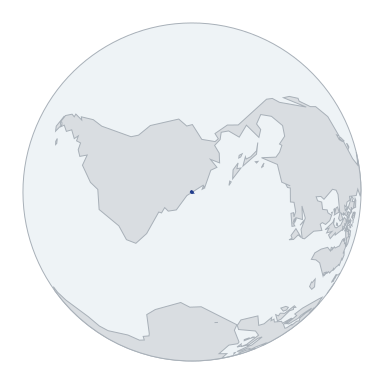 globe centered on Pomeroon-Supenaam, rotated 110°
{"feature_id": "GUY-680", "entity_name": "Pomeroon-Supenaam", "entity_type": "Region", "adm_level": 1, "iso_a3": "GUY", "parent_name": "Guyana", "parent_adm1": "", "projection": "orthographic", "projection_center": [-58.872, 7.19], "detail": "fine", "context": "on_globe", "style": "filled", "palette": "blue", "viewbox_px": 384, "rotation_deg": 110, "n_neighbors": 0, "source": "natural_earth", "source_scale": "10m", "svg_char_len": 8191}
<svg xmlns="http://www.w3.org/2000/svg" viewBox="0 0 384 384"><g transform="rotate(110 192 192)"><circle cx="192" cy="192" r="169" fill="#eef3f6" stroke="#a8b0b8"/><path d="M100.9,49.7L102.5,48.8L105.7,46.9L106.2,46.4L117.6,40.3L118.9,39.7L121.6,38.5L121.9,38.3L125.8,36.5L125.3,36.8L132.7,33.8L138.5,32.3L132.6,37.2L139.2,36.5L142.2,42.5L145.4,40.9L148.5,42.9L153.3,42.0L152.5,43.9L157.1,41.6L156.9,40.1L158.8,38.7L161.7,38.2L161.1,40.3L159.6,40.9L160.9,41.3L159.4,42.7L161.8,41.7L160.8,44.7L165.9,41.1L168.6,43.0L166.8,45.2L161.6,45.7L144.4,53.9L141.0,57.2L141.4,60.9L153.7,65.5L152.1,69.3L154.0,73.7L157.3,71.0L157.1,66.7L163.7,63.3L162.6,58.9L165.1,57.1L166.1,52.8L171.8,52.8L176.8,55.4L176.2,59.1L178.4,60.5L183.7,56.8L187.2,64.2L197.5,70.3L197.8,72.6L189.8,76.7L177.8,76.6L167.5,83.9L180.1,78.8L180.6,85.5L183.2,86.7L186.6,86.4L188.7,83.8L190.1,86.3L178.2,91.7L176.7,89.5L180.5,87.7L174.9,87.9L166.8,92.6L167.7,96.1L154.6,101.0L155.1,103.8L152.5,106.7L152.6,101.8L152.1,111.0L136.9,121.2L136.0,138.4L130.5,125.0L124.6,123.3L117.4,123.5L117.0,126.2L107.9,124.0L98.6,129.6L93.7,143.2L95.7,153.9L106.0,154.6L109.8,148.8L117.8,147.8L110.6,163.7L124.3,166.4L122.1,178.5L125.9,185.0L133.1,183.5L140.5,186.7L146.2,179.7L155.2,176.0L155.0,185.9L160.3,177.0L165.1,181.8L183.3,181.6L181.8,183.8L197.1,195.6L214.2,200.6L218.1,207.8L216.0,212.3L222.1,213.5L222.2,216.4L246.6,220.4L259.4,227.2L259.2,237.3L248.8,249.2L240.2,273.3L221.8,281.4L217.7,290.7L204.3,304.1L193.1,303.1L196.9,309.6L191.2,313.4L184.0,313.5L183.4,318.0L178.1,318.0L182.1,320.9L174.7,326.3L178.0,330.8L172.9,334.9L175.4,337.5L173.0,337.3L170.9,338.2L171.0,339.5L163.4,337.0L159.9,331.3L161.6,328.4L158.5,327.8L162.1,320.2L159.2,321.7L157.8,309.5L161.0,299.3L160.9,268.2L156.9,261.7L143.8,253.9L128.0,229.4L131.8,219.5L128.5,214.7L139.2,200.8L136.7,187.5L133.0,185.5L129.2,190.4L117.0,181.7L113.2,171.5L79.3,153.7L76.6,148.5L77.8,140.4L73.1,113.7L72.1,138.3L68.9,133.3L67.7,124.4L70.0,122.4L71.3,109.9L69.5,105.0L74.7,90.2L89.2,72.8L88.9,75.6L92.4,71.6L93.1,68.1L92.7,66.9L105.7,52.5L109.8,45.9L105.5,47.5L110.9,44.7L98.8,51.1L98.5,51.2L100.9,49.7ZM134.4,144.3L150.2,153.0L140.6,153.9L142.5,152.4L138.7,148.8L131.3,145.5L123.0,147.1L134.4,144.3ZM142.9,134.9L140.1,134.2L143.0,134.2L142.9,134.9ZM91.9,66.8L92.7,68.3L90.9,72.4L89.8,71.3L91.9,66.8ZM96.0,60.0L97.4,59.8L93.3,63.5L93.8,62.4L96.0,60.0ZM101.6,49.5L101.6,49.8L100.4,50.3L101.6,49.5ZM163.0,53.2L164.5,53.0L163.5,53.9L163.0,53.2ZM161.9,51.6L159.7,52.8L158.8,52.2L160.2,51.5L161.9,51.6ZM164.9,50.4L157.7,51.1L156.3,50.2L160.5,46.9L164.9,50.4ZM155.6,39.9L155.9,41.4L153.1,40.7L155.6,39.9ZM153.3,39.8L141.7,40.5L142.7,38.3L146.3,38.3L145.5,36.3L151.6,34.8L153.5,35.6L151.7,37.2L155.4,35.5L153.3,39.8ZM159.4,38.1L157.0,38.3L157.6,36.4L162.6,35.7L160.8,36.5L159.4,38.1ZM142.2,36.6L143.6,35.3L148.9,33.6L150.2,33.0L151.9,34.6L142.2,36.6ZM162.1,36.7L165.1,35.5L167.4,36.0L161.8,37.9L162.1,36.7ZM155.7,36.2L156.2,35.3L157.5,35.6L155.7,36.2ZM177.1,37.8L174.2,37.7L174.3,36.6L177.1,37.8ZM166.1,35.0L165.3,34.8L165.0,34.5L167.4,33.8L166.1,35.0ZM155.5,33.5L157.5,33.2L155.1,32.7L159.0,31.7L159.4,33.1L160.9,32.1L162.1,31.9L161.1,33.4L155.5,33.5ZM169.0,32.3L170.8,34.2L176.2,34.4L176.3,35.3L167.6,34.8L169.0,32.3ZM164.4,32.7L167.2,32.6L165.9,33.6L163.2,34.3L164.4,32.7ZM161.6,30.7L155.4,31.8L155.6,31.5L161.6,30.7ZM170.8,32.1L170.3,31.7L171.3,32.0L170.8,32.1ZM164.7,30.8L162.5,31.2L162.7,30.8L164.7,30.8ZM171.1,30.7L171.7,31.2L169.9,31.6L171.1,30.7ZM168.4,30.5L169.2,30.0L168.9,31.4L167.4,30.7L168.4,30.5ZM165.2,30.4L164.6,30.3L166.1,30.3L165.2,30.4ZM177.8,29.0L177.8,30.8L173.7,31.6L174.3,29.7L177.8,29.0ZM176.6,342.1L164.2,337.9L171.0,339.9L174.6,337.9L181.5,341.0L176.6,342.1ZM187.8,336.9L192.6,335.7L194.1,336.4L191.0,337.4L187.8,336.9ZM311.7,72.8L310.4,71.5L305.9,67.2L311.7,72.8ZM305.7,67.0L308.5,69.9L310.7,71.9L312.7,74.1L310.8,72.4L309.1,70.7L308.1,70.3L316.2,79.5L319.3,82.5L319.5,86.1L324.7,91.7L326.4,95.1L318.3,87.0L315.5,83.6L304.2,76.5L307.1,80.2L318.0,87.4L316.6,87.2L320.6,93.1L316.5,88.5L303.8,80.5L300.9,84.8L305.3,101.2L301.9,103.8L295.5,102.3L285.9,87.7L294.5,83.7L291.2,79.2L282.6,74.2L285.9,73.7L283.4,71.5L286.0,70.1L282.9,63.6L284.4,62.1L276.7,55.6L276.5,54.2L281.1,58.3L285.2,60.7L288.3,58.1L287.0,56.4L281.7,52.6L283.3,52.8L277.7,49.5L276.4,47.2L273.4,47.5L267.1,44.0L262.8,40.8L260.2,39.9L267.3,45.2L270.6,47.4L274.3,49.0L282.9,56.0L283.2,57.8L272.3,51.4L271.5,53.7L263.3,48.4L249.0,36.2L246.4,33.7L255.8,35.8L260.2,37.8L259.0,37.8L266.1,40.6L262.6,39.0L263.9,39.3L258.2,36.7L258.8,36.9L252.3,34.3L256.6,35.9L253.6,34.7L264.9,39.6L275.8,45.3L286.3,51.8L296.2,59.0L305.7,67.0ZM341.3,112.9L340.8,112.0L338.9,108.6L338.7,108.2L338.4,107.6L341.5,113.3L338.5,108.1L343.5,117.2L348.4,128.0L352.5,139.1L355.8,150.5L358.3,162.0L360.0,173.7L360.8,185.5L360.9,197.4L360.1,209.2L358.5,220.9L356.0,232.5L352.8,243.8L348.8,255.0L344.0,265.8L338.5,276.2L332.2,286.3L331.6,287.2L328.4,289.9L332.2,284.0L336.7,273.5L344.6,246.9L349.6,233.2L351.0,223.4L348.3,203.3L349.2,190.7L347.4,186.2L344.4,188.5L341.9,183.2L339.7,183.7L322.7,192.6L315.0,186.3L299.7,164.8L301.0,154.7L296.7,144.1L301.4,104.4L307.4,104.9L316.9,96.5L318.9,97.1L323.3,105.0L334.7,111.3L332.0,104.0L336.9,106.7L336.7,104.9L327.0,90.4L327.3,92.9L322.0,86.9L317.4,79.1L317.1,78.4L326.1,89.2L334.2,100.7L341.3,112.9ZM305.7,123.0L307.0,126.2L305.7,123.0ZM183.9,181.5L186.0,183.4L183.1,183.4L183.9,181.5ZM138.9,157.9L142.4,158.2L144.1,159.7L141.4,160.2L138.9,157.9ZM169.1,158.6L173.2,159.5L168.8,160.3L169.1,158.6ZM152.7,154.2L165.7,158.3L157.1,161.0L148.9,158.6L154.7,157.8L152.7,154.2ZM140.6,140.4L142.7,141.2L141.9,142.9L140.6,140.4ZM145.0,134.9L144.1,135.1L143.2,133.6L145.0,134.9ZM181.3,85.1L182.3,84.8L185.6,85.1L183.8,86.1L181.3,85.1ZM201.9,80.4L203.7,84.5L201.2,82.1L199.0,84.1L190.9,81.8L197.5,73.7L196.0,77.6L201.9,80.4ZM182.0,77.2L186.3,79.1L181.3,77.4L182.0,77.2ZM267.4,62.0L270.5,62.8L272.7,65.5L270.7,68.8L267.4,64.7L267.4,62.0ZM274.3,63.4L263.9,56.9L264.8,55.0L266.1,57.1L267.7,56.5L270.2,59.7L281.1,64.9L283.8,67.7L278.6,71.4L278.8,68.4L275.7,67.6L274.3,63.4ZM236.0,48.1L231.6,46.5L239.2,44.4L242.5,46.2L240.7,49.2L235.7,48.9L236.0,48.1ZM173.8,45.0L171.6,45.4L171.7,44.7L173.7,43.7L173.8,45.0ZM175.7,37.8L183.5,42.7L181.4,43.4L188.5,46.2L185.7,49.0L181.2,47.0L184.4,51.5L179.1,50.9L181.9,54.0L172.1,49.2L167.6,49.2L173.7,48.0L176.5,45.3L176.3,44.1L172.3,41.0L163.8,40.2L165.2,37.9L168.4,36.5L170.6,36.3L169.1,37.8L173.2,36.5L172.6,38.6L175.7,37.8ZM205.2,27.8L202.4,28.5L210.6,28.5L210.1,29.6L211.1,29.6L212.8,30.8L216.7,32.3L215.6,32.8L217.6,33.2L218.8,34.2L221.1,35.0L220.1,36.4L222.8,37.6L220.7,37.6L225.8,39.4L221.6,38.7L222.7,40.3L226.2,40.1L214.9,47.8L213.4,52.4L214.5,56.8L207.1,55.7L201.5,51.1L197.6,45.6L200.1,41.7L196.3,42.2L196.4,40.6L199.3,40.9L194.8,39.5L195.7,38.4L192.2,35.0L185.2,34.3L183.8,33.3L186.9,33.0L183.3,32.2L188.3,31.1L187.4,30.4L191.4,28.9L198.1,29.1L196.5,28.4L199.5,27.5L205.2,27.8ZM179.1,28.6L187.2,28.0L190.9,28.5L182.3,31.0L182.4,31.8L177.1,33.9L171.9,33.3L173.9,32.7L174.6,32.0L176.0,32.4L175.4,31.5L178.2,30.8L178.5,29.9L181.1,29.9L179.1,28.6ZM318.0,93.8L319.0,93.7L319.8,92.7L322.3,96.7L318.0,93.8ZM309.5,88.4L309.9,87.5L313.9,92.1L312.8,92.4L309.5,88.4ZM306.8,83.4L309.6,87.1L307.5,85.3L306.8,83.4ZM281.2,57.5L281.2,56.6L282.5,57.4L284.1,59.0L281.2,57.5ZM229.4,30.0L227.2,29.8L226.4,29.5L220.4,28.4L220.3,27.8L223.9,28.1L229.4,30.0ZM329.0,93.2L331.1,96.3L330.2,95.3L329.7,94.4L329.0,93.2ZM328.0,96.4L329.9,97.3L328.7,97.5L328.0,96.4ZM228.3,29.1L225.8,28.6L227.3,28.6L228.3,29.1ZM219.9,27.3L221.1,27.1L219.6,27.6L219.9,27.3ZM241.3,30.4L240.9,30.3L231.6,27.8L228.4,27.0L241.3,30.4ZM217.6,25.4L220.1,25.9L218.8,25.8L217.6,25.4Z" fill="#d9dde1" stroke="#a8b0b8" stroke-width="1"/><path d="M192.3,190.6L192.3,190.8L192.4,190.7L192.5,190.7L192.6,190.8L192.7,191.0L192.8,191.1L193.1,191.4L193.2,191.5L193.2,191.8L193.2,192.2L193.1,192.5L192.8,192.7L192.7,192.8L192.7,193.0L192.4,193.2L192.4,193.3L192.2,193.3L192.1,193.2L192.0,193.3L191.9,193.3L191.8,193.2L191.7,193.0L191.4,193.1L191.2,193.0L191.1,192.9L191.2,192.7L191.1,192.4L191.1,192.2L191.3,191.7L191.3,191.4L191.6,191.1L192.0,190.9L192.3,190.6Z" fill="#3b82f6" stroke="#1e3a8a" stroke-width="1.5"/></g></svg>